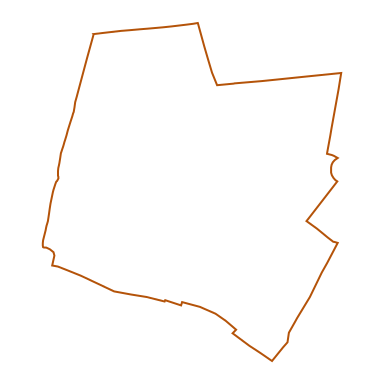 outline of Bistret, Dolj, Romania
{"feature_id": "2599482B85941716233040", "entity_name": "Bistret", "entity_type": "district", "adm_level": 2, "iso_a3": "ROU", "parent_name": "Romania", "parent_adm1": "Dolj", "projection": "robinson", "projection_center": [23.492, 43.88], "detail": "fine", "context": "isolated", "style": "outline", "palette": "amber", "viewbox_px": 384, "rotation_deg": 0, "n_neighbors": 0, "source": "geoboundaries", "source_scale": "gbopen_adm2", "svg_char_len": 1654}
<svg xmlns="http://www.w3.org/2000/svg" viewBox="0 0 384 384"><path d="M337.7,158.0L333.8,155.8L331.8,155.0L327.0,153.8L327.2,152.5L330.3,135.6L331.4,129.0L338.6,89.1L340.3,78.5L340.7,76.1L341.2,73.0L305.6,76.6L281.3,79.1L261.7,81.1L234.3,83.4L233.9,83.6L217.1,85.2L212.0,72.6L208.3,60.2L204.3,46.5L198.0,23.6L197.8,23.0L193.1,23.8L186.0,24.7L171.7,26.4L163.1,27.3L157.5,27.8L148.4,28.6L139.7,29.3L129.6,30.2L120.9,30.9L102.6,33.0L93.4,34.1L93.6,34.4L92.7,37.7L86.9,58.7L77.4,94.2L76.8,96.5L75.2,102.1L74.5,107.3L73.7,112.0L73.1,113.4L72.3,116.3L70.3,122.4L67.8,130.4L66.5,135.4L65.1,140.0L64.4,142.1L63.9,144.0L63.2,146.4L62.3,149.0L61.4,151.8L60.9,153.2L60.2,158.0L59.4,163.0L58.9,165.5L58.3,168.0L58.0,171.0L58.0,172.5L58.0,173.8L58.0,175.9L58.3,176.5L58.4,178.4L57.6,180.0L56.9,181.2L56.3,181.6L56.0,182.3L55.3,184.2L54.6,186.4L53.5,189.8L52.9,192.1L50.5,203.6L49.7,208.8L49.0,213.9L47.9,221.2L47.0,224.3L46.6,225.5L46.1,227.7L45.6,230.4L43.1,240.3L42.9,242.1L42.8,243.3L42.8,245.7L43.1,247.2L43.8,247.5L46.3,247.6L49.9,249.3L53.5,252.2L54.4,255.6L52.2,265.5L57.6,266.5L58.0,266.6L66.9,270.1L80.6,275.6L114.1,291.4L131.0,294.5L146.6,297.0L164.6,301.5L165.2,300.2L181.1,305.4L182.1,302.1L200.0,306.9L204.5,308.9L215.5,313.7L225.7,320.8L236.1,329.7L232.6,333.3L249.4,345.8L260.1,352.8L272.0,361.0L283.1,347.3L287.5,342.3L288.9,332.7L295.4,321.2L297.1,318.1L309.9,297.0L321.8,272.5L327.1,263.1L337.7,242.9L334.3,241.9L333.3,241.8L327.6,237.4L316.9,228.6L306.5,221.1L309.5,217.3L337.3,181.4L335.4,180.1L333.6,178.1L331.9,175.3L331.1,172.7L331.1,167.5L331.6,164.8L332.8,162.3L334.7,160.1L337.7,158.0Z" fill="none" stroke="#b45309" stroke-width="2"/></svg>